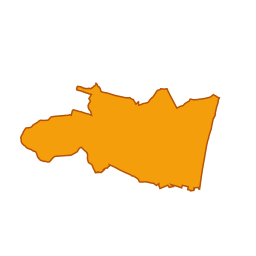 Ilisesti, Suceava, Romania, rotated 27°
{"feature_id": "2599482B56962493050937", "entity_name": "Ilisesti", "entity_type": "district", "adm_level": 2, "iso_a3": "ROU", "parent_name": "Romania", "parent_adm1": "Suceava", "projection": "mercator", "projection_center": [26.04, 47.611], "detail": "fine", "context": "isolated", "style": "filled", "palette": "amber", "viewbox_px": 256, "rotation_deg": 27, "n_neighbors": 0, "source": "geoboundaries", "source_scale": "gbopen_adm2", "svg_char_len": 5687}
<svg xmlns="http://www.w3.org/2000/svg" viewBox="0 0 256 256"><g transform="rotate(27 128 128)"><path d="M64.7,196.5L66.4,196.1L66.8,196.1L67.7,196.1L68.2,196.0L68.9,195.5L69.6,195.2L71.3,194.9L72.4,194.5L73.1,194.0L73.5,193.4L74.8,188.3L75.3,187.2L75.7,186.6L77.1,185.6L89.0,178.5L89.6,178.0L90.4,177.0L93.1,172.9L93.5,172.1L93.6,171.3L93.7,169.7L93.8,168.5L94.2,167.6L94.8,166.7L95.1,166.4L97.8,167.3L103.0,168.7L103.0,169.2L104.2,170.2L105.5,173.3L106.7,174.9L108.5,176.7L110.2,176.9L111.6,176.9L112.6,177.3L113.8,178.1L115.0,179.4L117.2,180.9L118.5,182.1L118.8,181.9L119.4,182.6L120.2,182.1L120.6,181.3L121.0,181.5L121.5,181.4L121.4,180.7L121.6,180.6L122.6,180.6L124.3,179.9L124.5,179.0L125.2,178.2L125.2,176.9L125.0,176.2L125.2,175.7L125.4,175.8L125.7,176.0L126.0,175.9L125.7,174.8L126.0,174.5L126.3,173.9L127.2,173.3L127.8,173.1L128.0,172.5L127.9,171.8L128.6,170.7L128.7,170.0L128.0,169.2L134.2,168.9L140.1,169.1L145.7,168.9L147.9,168.8L151.8,168.5L152.8,168.9L153.6,168.8L154.9,168.3L158.0,168.6L159.3,168.8L160.9,169.3L161.6,170.1L162.0,170.4L162.5,170.7L162.8,170.7L163.2,170.7L167.9,168.1L168.7,167.7L169.1,167.6L169.5,167.5L172.8,166.7L176.3,165.6L177.2,166.0L177.6,166.1L178.8,166.1L179.5,166.2L180.7,163.7L181.4,164.9L182.1,165.7L184.0,167.4L187.8,162.9L189.4,161.0L191.7,162.2L192.9,161.2L194.8,159.7L192.4,158.9L198.5,157.6L203.0,157.0L202.5,154.4L208.4,153.0L209.1,155.8L212.3,155.1L212.4,155.5L215.0,153.7L214.6,152.8L214.9,152.5L214.0,151.4L217.8,149.0L218.7,150.2L219.5,150.0L219.4,149.8L219.0,148.4L218.6,147.3L216.1,140.1L215.3,137.8L213.7,132.8L212.8,130.2L211.6,126.2L209.1,117.9L208.2,115.3L207.8,113.7L205.9,107.6L205.3,105.2L204.6,102.4L204.5,101.4L204.5,100.6L203.9,99.0L203.4,96.5L203.4,96.2L203.0,94.1L202.9,93.6L202.8,93.1L202.8,92.8L202.8,92.3L202.8,91.5L202.6,91.2L202.0,89.2L201.6,88.0L200.9,85.4L200.6,84.5L200.6,84.0L200.4,83.3L200.2,82.9L200.0,81.9L199.7,80.9L199.9,80.6L200.0,80.3L200.0,80.0L199.9,79.8L199.8,79.7L199.7,79.3L199.7,79.2L199.7,78.9L199.9,78.7L200.0,78.0L199.9,77.7L199.8,77.0L199.8,76.8L199.7,76.5L199.7,76.3L199.1,75.7L198.6,73.6L198.4,73.0L198.3,72.5L197.6,69.7L197.5,69.0L197.2,67.9L197.1,67.0L197.0,66.3L197.0,65.8L196.6,64.6L196.5,64.1L196.3,63.3L195.8,62.3L195.7,62.0L195.8,61.5L195.7,61.0L195.7,60.7L195.8,59.9L195.8,59.7L193.5,59.9L191.6,59.6L190.7,59.6L190.0,59.6L189.7,59.6L188.9,59.5L187.5,62.8L187.1,63.3L183.9,66.1L183.0,66.8L182.4,67.3L179.1,69.6L178.4,70.0L177.0,71.1L174.0,72.9L172.6,73.4L171.1,73.7L170.6,73.9L170.4,74.0L170.2,74.3L170.3,75.4L170.2,76.4L168.8,78.4L167.9,80.0L167.5,80.8L167.1,82.4L166.8,83.0L166.5,83.5L165.4,84.3L165.1,84.6L163.4,86.8L162.5,88.1L159.4,85.9L156.3,83.7L151.0,80.0L146.7,76.8L144.9,75.3L143.2,76.6L142.4,77.0L139.3,78.2L139.3,78.8L139.0,79.4L138.2,80.2L137.4,80.8L137.2,81.1L137.1,81.3L136.9,81.8L136.9,82.2L136.8,82.9L136.6,85.3L136.2,88.9L135.6,90.2L135.5,90.3L134.9,92.3L134.7,93.2L134.6,94.3L134.4,95.5L134.3,95.8L133.7,96.6L132.7,97.7L130.8,99.0L130.1,99.7L127.8,102.5L127.0,102.6L126.7,101.9L126.4,101.6L125.8,100.3L125.5,99.9L125.4,100.0L124.4,102.5L124.3,103.1L124.2,103.2L123.5,102.6L119.7,100.2L117.7,100.6L117.4,100.6L116.1,100.1L115.9,100.1L115.2,100.5L114.6,101.0L113.8,101.3L112.2,102.1L101.6,104.9L93.9,106.2L89.4,107.5L87.4,107.7L85.2,105.4L84.9,105.2L83.2,104.4L83.0,104.5L82.5,104.5L82.1,104.4L80.4,103.1L80.0,102.8L79.6,102.7L79.1,102.7L79.1,102.8L79.5,102.9L79.8,103.0L79.9,103.3L79.7,103.9L79.6,104.2L79.4,104.6L79.3,104.9L79.3,105.5L78.8,106.0L78.6,106.3L78.5,106.8L78.4,107.4L78.3,107.7L78.1,107.9L77.8,108.3L77.8,108.5L77.6,108.6L77.4,109.4L77.3,109.6L77.1,109.8L76.8,109.9L76.4,109.9L76.2,110.2L75.9,110.3L75.5,110.3L75.0,110.4L75.0,110.6L74.6,111.0L73.7,111.3L73.3,111.6L72.7,111.9L72.5,112.1L72.2,112.2L71.8,112.2L71.3,112.3L71.0,112.3L70.8,112.4L70.6,112.7L70.4,112.9L70.2,112.9L69.8,112.6L69.5,112.5L68.9,112.6L68.6,112.8L68.4,112.8L67.9,112.7L67.7,112.6L67.3,112.7L67.0,112.9L65.9,113.1L65.4,113.4L64.5,113.6L64.4,113.7L64.2,113.8L64.1,114.1L64.0,114.4L64.0,114.6L64.2,115.1L64.2,115.5L64.7,116.2L64.7,116.3L64.6,116.5L64.7,116.9L64.8,117.0L65.0,117.2L65.3,117.2L65.7,117.2L66.2,117.1L67.8,116.7L68.2,116.6L68.8,116.4L69.1,116.3L70.4,116.3L71.0,116.1L71.4,115.9L71.6,115.9L71.8,116.1L72.0,116.1L72.7,116.0L73.0,115.8L73.4,115.7L74.0,115.9L75.1,115.6L75.8,115.5L76.5,115.3L77.2,115.3L77.6,115.3L78.1,115.3L78.8,115.0L79.3,114.9L79.9,114.7L80.2,114.7L80.1,115.1L80.1,115.7L80.0,116.7L80.0,118.2L79.8,118.7L79.8,119.5L80.2,119.9L81.0,120.2L81.9,120.7L82.1,121.1L82.2,121.4L82.2,121.8L82.3,122.1L82.3,122.4L82.1,123.4L82.1,124.1L82.1,124.9L82.2,125.6L82.4,126.3L82.9,127.2L83.5,127.9L84.2,128.7L85.3,129.3L86.8,130.0L87.2,130.2L87.7,130.7L89.0,132.4L89.8,133.2L87.9,133.4L86.8,133.5L86.2,133.5L85.7,133.7L84.0,134.1L78.7,134.9L77.0,135.4L72.7,136.2L71.8,136.5L71.0,136.6L70.9,136.8L71.1,137.0L70.9,137.5L70.6,138.0L71.1,139.9L71.4,141.8L71.7,142.4L70.9,142.4L70.1,142.6L69.4,143.5L67.2,144.8L65.6,145.7L64.5,146.6L63.7,147.0L62.4,147.8L56.5,151.5L54.4,153.2L54.0,154.4L53.8,155.3L53.4,156.7L53.0,157.5L51.8,158.1L51.2,158.5L50.4,159.1L49.0,159.7L48.7,160.0L47.3,160.4L46.5,160.9L45.7,161.8L45.4,162.5L45.0,163.7L44.5,164.5L43.6,165.9L43.0,166.9L42.4,167.8L42.0,168.5L42.0,168.9L41.8,170.2L41.2,171.3L40.4,172.2L37.1,174.3L36.9,175.2L36.7,176.8L36.5,178.5L36.7,180.6L36.6,183.3L36.7,184.6L36.9,185.5L37.1,185.7L37.6,186.1L38.7,188.0L39.2,188.7L39.9,189.4L42.2,190.4L43.2,190.7L44.4,190.7L45.2,190.9L46.2,191.5L47.6,191.7L50.2,191.4L51.1,191.2L52.5,191.3L53.6,191.5L54.0,191.5L54.8,191.4L55.5,191.1L55.8,191.1L56.9,191.3L58.1,192.2L59.9,194.1L60.5,194.6L61.8,195.3L61.7,195.4L63.7,196.2L64.7,196.5Z" fill="#f59e0b" stroke="#b45309" stroke-width="1.5"/></g></svg>